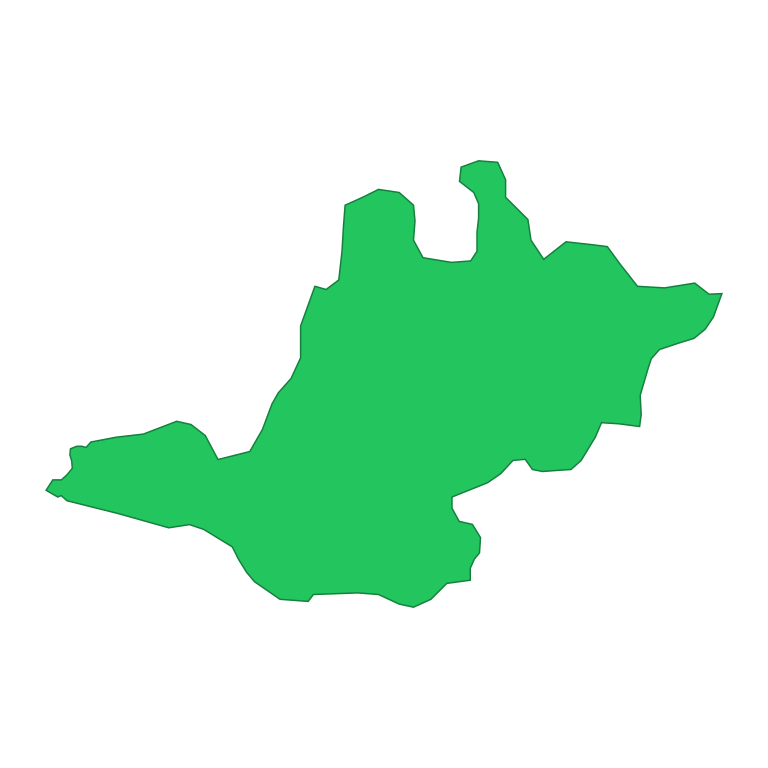 Yeongam-gun, South Jeolla, South Korea (Mercator projection)
{"feature_id": "91817680B36456413113015", "entity_name": "Yeongam-gun", "entity_type": "district", "adm_level": 2, "iso_a3": "KOR", "parent_name": "South Korea", "parent_adm1": "South Jeolla", "projection": "mercator", "projection_center": [126.62, 34.807], "detail": "fine", "context": "isolated", "style": "filled", "palette": "green", "viewbox_px": 768, "rotation_deg": 0, "n_neighbors": 0, "source": "geoboundaries", "source_scale": "gbopen_adm2", "svg_char_len": 1531}
<svg xmlns="http://www.w3.org/2000/svg" viewBox="0 0 768 768"><path d="M694.7,283.1L664.5,287.9L637.5,286.3L620.0,264.0L607.3,246.6L594.6,245.0L566.0,241.8L543.7,259.3L531.0,240.2L527.9,219.5L505.6,197.3L505.6,179.8L497.7,162.3L478.6,160.8L461.1,167.1L459.5,181.4L473.8,192.5L478.6,203.7L478.6,218.0L477.0,232.3L477.0,251.3L470.7,260.9L451.6,262.4L423.0,257.7L413.5,240.2L415.0,221.1L413.5,205.2L399.2,192.5L378.5,189.4L362.6,197.3L345.1,205.2L343.5,225.9L342.0,251.3L338.8,279.9L326.1,289.5L314.9,286.3L300.6,326.0L300.6,357.8L291.1,378.4L278.4,392.7L272.0,403.9L262.5,429.3L249.8,451.5L218.0,459.5L205.3,435.6L191.0,424.5L176.7,421.3L143.3,434.1L116.3,437.2L90.9,442.0L86.0,447.5L82.1,446.3L76.6,446.3L70.5,448.8L70.3,450.2L69.9,454.9L71.7,461.0L72.3,468.3L66.8,475.0L61.3,479.9L52.8,479.9L49.3,485.3L46.1,490.3L57.7,497.0L61.2,495.6L67.1,500.8L117.9,513.5L168.8,527.8L189.4,524.6L203.7,529.4L232.3,546.9L238.7,559.6L246.6,572.3L254.6,581.8L280.0,599.3L308.2,601.4L313.4,594.5L357.8,592.9L378.5,594.5L399.2,604.1L413.5,607.2L430.9,599.3L446.8,583.4L470.3,580.2L470.3,568.2L474.4,559.0L479.5,552.9L480.5,537.6L472.4,524.4L459.2,521.4L452.0,508.2L452.0,497.0L462.2,492.9L487.6,482.7L500.8,473.6L513.0,460.4L525.2,459.3L532.4,469.5L542.5,471.5L555.8,470.5L571.0,469.5L581.2,460.4L595.4,437.0L601.5,422.7L618.8,423.8L639.6,426.5L641.2,414.6L640.2,395.3L648.3,367.8L651.3,358.7L659.5,349.5L677.8,343.4L694.1,338.3L705.2,329.2L713.4,317.0L721.9,293.6L709.0,294.2L694.7,283.1Z" fill="#22c55e" stroke="#15803d" stroke-width="1.5"/></svg>